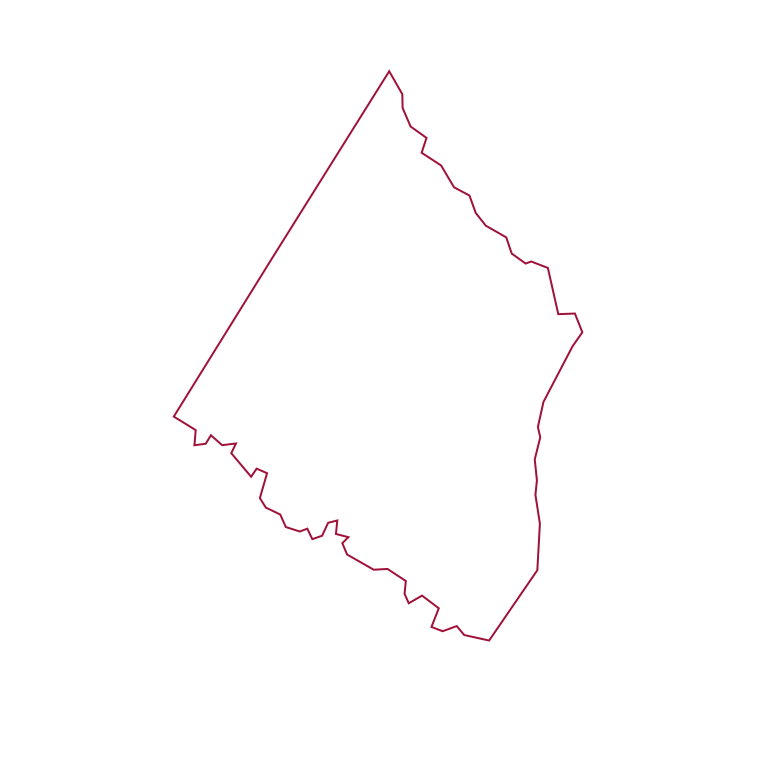 outline of Robertson, Texas, United States of America, rotated 333°
{"feature_id": "52423323B69162906436111", "entity_name": "Robertson", "entity_type": "district", "adm_level": 2, "iso_a3": "USA", "parent_name": "United States of America", "parent_adm1": "Texas", "projection": "natural_earth1", "projection_center": [-96.543, 31.026], "detail": "fine", "context": "isolated", "style": "outline", "palette": "rose", "viewbox_px": 768, "rotation_deg": 333, "n_neighbors": 0, "source": "geoboundaries", "source_scale": "gbopen_adm2", "svg_char_len": 970}
<svg xmlns="http://www.w3.org/2000/svg" viewBox="0 0 768 768"><g transform="rotate(333 384 384)"><path d="M340.8,221.5L181.9,317.6L195.3,339.6L187.3,352.5L198.0,356.3L206.5,351.1L212.0,365.0L225.1,369.8L216.5,376.3L223.5,406.3L232.1,401.6L239.3,410.4L221.6,429.3L222.6,440.5L232.3,453.2L231.6,466.9L242.0,477.2L250.0,478.1L249.7,489.7L260.0,491.1L271.2,482.3L280.4,484.4L273.1,495.8L282.7,504.3L274.6,506.9L273.7,519.2L290.5,544.8L303.2,550.4L314.0,569.5L307.1,580.2L306.5,590.6L321.8,589.8L331.0,608.7L316.0,622.0L324.0,630.9L338.9,632.7L341.5,644.1L361.2,660.3L436.1,619.5L459.5,579.2L468.6,551.5L476.5,539.3L484.1,519.6L499.0,502.5L501.6,492.2L517.9,472.4L569.1,436.0L584.2,428.0L586.1,407.9L571.0,400.9L582.7,355.0L570.8,341.7L564.9,341.0L557.0,325.8L559.5,308.9L546.6,289.2L543.4,273.2L545.7,254.9L535.7,240.5L534.1,215.2L522.5,195.1L533.6,184.0L524.6,166.7L525.9,146.5L531.9,134.1L530.6,107.7L340.8,221.5Z" fill="none" stroke="#9f1239" stroke-width="2"/></g></svg>